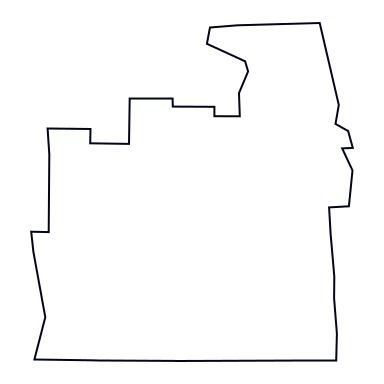 Tioga, New York, United States of America
{"feature_id": "52423323B79140225975519", "entity_name": "Tioga", "entity_type": "district", "adm_level": 2, "iso_a3": "USA", "parent_name": "United States of America", "parent_adm1": "New York", "projection": "robinson", "projection_center": [-76.287, 42.204], "detail": "fine", "context": "isolated", "style": "outline", "palette": "ink", "viewbox_px": 384, "rotation_deg": 0, "n_neighbors": 0, "source": "geoboundaries", "source_scale": "gbopen_adm2", "svg_char_len": 645}
<svg xmlns="http://www.w3.org/2000/svg" viewBox="0 0 384 384"><path d="M237.6,25.3L210.0,27.5L206.9,43.8L245.1,61.3L248.1,71.4L239.0,93.1L239.8,116.3L214.4,116.2L214.4,106.8L172.8,106.6L172.6,98.5L129.7,98.5L129.0,143.9L90.2,143.3L90.5,129.0L47.6,128.5L49.3,154.5L48.7,232.1L31.2,231.7L33.4,251.9L45.3,317.2L34.4,359.5L90.9,360.3L95.3,360.4L98.2,360.5L173.2,360.9L177.3,361.0L309.7,360.5L319.3,360.5L324.3,360.5L336.2,360.5L336.9,333.7L334.1,298.3L334.3,276.6L330.6,233.8L329.1,207.4L348.9,206.3L352.5,170.5L342.2,148.4L352.8,147.9L348.1,131.0L335.5,123.9L338.8,105.0L319.7,23.0L237.6,25.3Z" fill="none" stroke="#020617" stroke-width="2"/></svg>